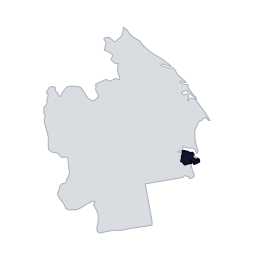 location of Komo-Mondah, Estuaire, Gabon, rotated 170°
{"feature_id": "22940354B10433800471916", "entity_name": "Komo-Mondah", "entity_type": "district", "adm_level": 2, "iso_a3": "GAB", "parent_name": "Gabon", "parent_adm1": "Estuaire", "projection": "robinson", "projection_center": [9.643, 0.423], "detail": "fine", "context": "in_parent", "style": "filled", "palette": "ink", "viewbox_px": 256, "rotation_deg": 170, "n_neighbors": 0, "source": "geoboundaries", "source_scale": "gbopen_adm2", "svg_char_len": 4769}
<svg xmlns="http://www.w3.org/2000/svg" viewBox="0 0 256 256"><g transform="rotate(170 128 128)"><path d="M176.3,32.6L176.1,34.8L173.9,40.3L172.8,44.6L172.6,49.1L173.2,52.7L174.3,55.3L175.0,58.1L174.4,60.1L173.3,61.0L174.1,61.9L175.7,62.2L178.5,61.3L182.8,59.8L188.4,57.6L192.1,56.5L198.2,57.2L201.5,58.0L203.1,59.6L204.9,66.0L205.8,67.0L207.3,69.8L208.5,73.1L208.8,74.8L208.7,76.0L207.4,77.8L206.0,80.4L205.6,82.0L204.4,83.2L202.9,84.4L198.8,84.8L198.2,85.5L197.1,88.3L194.9,90.7L194.0,92.9L193.1,95.9L193.3,99.6L192.8,105.0L192.4,108.6L193.5,109.9L198.3,110.7L199.3,111.5L200.6,113.7L202.2,115.8L206.7,117.1L208.4,118.7L209.8,120.5L210.0,121.9L209.0,127.7L208.0,133.3L208.4,137.5L208.7,141.6L209.3,147.5L209.0,151.1L207.8,153.3L207.7,155.0L208.3,157.1L207.2,162.8L206.5,163.8L204.5,164.8L203.4,166.4L203.1,168.8L202.0,172.1L200.9,173.3L200.9,174.9L202.0,176.0L202.0,177.7L200.0,179.8L198.8,181.3L196.1,182.1L193.1,181.3L192.4,180.2L193.1,178.4L192.8,176.9L191.8,175.5L190.2,171.6L188.7,170.8L187.9,172.4L185.5,175.3L181.1,179.0L178.1,179.3L172.4,178.2L167.7,176.4L165.5,172.0L164.1,168.4L162.1,164.1L159.8,162.1L157.4,160.9L156.3,160.8L152.9,163.1L151.8,164.1L151.8,166.0L152.1,167.9L152.7,168.8L153.1,169.9L153.1,171.8L152.4,174.2L152.2,176.9L141.4,179.6L139.5,178.6L138.1,177.4L136.5,177.6L131.8,179.0L130.1,178.1L128.4,177.3L127.6,177.9L127.5,179.1L128.3,185.5L128.0,187.9L127.0,191.1L126.4,193.2L129.3,193.8L130.3,194.8L131.4,196.4L132.7,197.9L132.8,198.8L131.3,200.5L130.7,202.6L131.5,204.2L133.4,205.8L136.3,207.6L137.7,208.7L137.5,209.8L136.2,212.0L135.7,213.9L134.8,215.6L135.0,217.1L136.3,218.6L136.1,219.9L135.2,220.9L133.5,220.7L132.0,220.8L130.6,220.4L126.4,215.3L125.5,215.2L119.3,219.1L117.8,220.7L116.6,223.0L114.9,227.9L112.1,225.0L109.7,219.8L106.9,216.5L101.0,211.3L99.4,207.4L92.7,198.9L83.0,190.4L76.0,183.0L74.9,181.4L76.1,181.6L82.9,185.2L83.8,184.8L84.6,184.0L81.7,182.1L78.9,180.6L76.3,179.6L73.6,179.7L72.2,178.1L71.2,175.8L70.7,173.7L69.6,171.6L65.9,167.2L65.0,165.5L62.9,163.2L64.2,162.9L68.1,165.1L68.5,164.2L68.2,163.0L64.2,160.9L62.0,160.7L61.5,159.2L61.8,157.5L58.9,151.2L55.9,146.4L55.5,144.1L63.5,154.5L64.6,154.7L66.0,154.6L69.3,153.4L68.7,152.0L67.2,150.6L65.7,151.2L63.8,151.4L62.8,150.8L62.4,149.7L64.3,144.6L63.5,144.9L62.9,145.8L61.8,146.2L60.2,146.5L56.3,143.8L52.8,136.5L51.9,135.0L50.9,132.5L50.0,131.4L46.0,121.1L47.5,121.8L49.4,124.8L52.9,124.2L54.3,122.5L55.5,122.5L56.7,122.1L58.3,120.5L62.9,113.4L64.1,103.9L63.7,98.3L63.0,92.8L64.5,91.0L65.1,92.2L65.4,94.2L66.1,95.6L67.7,96.9L70.7,97.3L75.4,99.3L77.1,100.6L77.5,98.0L82.9,95.8L81.2,95.0L76.5,95.9L69.9,92.6L67.8,90.4L65.8,86.4L63.7,84.3L63.8,82.4L68.5,80.7L69.7,80.9L70.2,83.0L71.5,83.8L72.0,83.5L72.2,81.8L72.2,77.0L70.8,70.2L71.2,68.9L72.5,68.4L73.6,67.5L74.4,67.4L76.0,67.5L76.8,69.1L77.3,70.0L78.9,70.4L80.2,71.2L81.3,71.0L82.2,70.0L83.6,69.8L87.9,69.8L91.8,69.8L99.5,69.9L107.2,69.9L114.9,69.9L120.7,69.9L120.7,66.0L120.7,60.0L120.6,52.9L120.6,46.1L120.6,39.9L120.5,32.4L120.8,30.3L121.2,29.4L121.1,28.2L127.0,28.1L137.8,28.6L142.6,28.6L143.9,28.7L149.8,28.3L154.6,28.7L156.6,29.3L158.4,29.5L164.2,29.9L171.6,29.5L174.2,29.5L175.6,30.6L176.3,32.6Z" fill="#d9dde1" stroke="#a8b0b8" stroke-width="1"/><path d="M81.6,85.7L80.9,85.6L80.6,85.5L80.3,85.2L80.2,84.8L80.0,84.4L79.8,83.9L79.4,83.4L79.1,82.7L78.9,82.3L78.5,81.9L77.6,81.9L77.2,82.1L76.6,82.2L76.2,82.1L75.8,82.2L75.4,82.4L75.0,82.5L74.3,82.5L73.9,82.3L73.2,82.3L71.7,82.3L71.7,82.6L71.9,83.3L72.0,83.8L71.9,84.9L71.8,85.3L71.5,85.7L71.2,85.6L71.4,85.2L71.5,84.8L71.6,84.3L71.6,83.8L71.5,83.3L71.2,83.2L71.0,83.5L70.7,83.8L70.4,83.7L70.2,83.3L70.1,83.0L69.9,82.7L69.7,82.4L69.7,82.1L69.5,81.8L69.3,81.4L69.1,80.9L68.8,80.8L68.4,81.0L67.7,81.3L67.3,81.4L66.9,81.3L66.5,81.2L66.2,81.3L65.8,81.7L65.1,81.9L64.5,82.1L63.9,82.1L63.6,82.3L63.5,82.6L63.4,83.4L63.4,84.2L63.4,84.7L63.6,85.1L64.0,85.3L64.4,85.5L64.9,85.8L65.0,86.0L65.4,85.4L66.0,84.9L66.3,84.5L66.7,84.3L67.2,84.5L67.3,84.8L67.3,85.4L67.4,85.8L67.5,86.2L67.7,86.5L68.0,86.7L68.4,86.8L68.8,86.8L69.1,87.0L69.3,87.3L69.3,87.6L69.2,88.0L69.1,88.5L69.0,88.9L69.0,89.4L68.8,89.8L68.4,90.2L67.7,90.8L67.9,91.2L68.3,91.9L68.4,92.2L68.9,92.6L69.1,92.9L69.3,92.9L69.5,92.7L69.9,92.5L70.1,92.5L70.5,92.5L70.6,92.4L70.7,92.1L70.9,92.1L71.0,92.3L71.1,92.6L71.3,92.9L72.0,93.4L73.1,94.3L73.8,94.7L74.2,94.9L74.5,94.9L74.9,94.9L75.2,95.0L75.4,95.1L75.7,95.4L76.0,95.6L76.7,96.0L77.2,96.1L77.6,96.1L78.4,96.0L78.5,95.2L78.5,94.8L78.6,94.4L78.7,94.1L78.8,93.8L78.9,93.6L79.0,93.2L79.0,92.9L79.1,92.6L79.3,92.3L79.6,91.8L79.7,91.5L79.9,91.3L80.1,91.0L80.3,90.7L80.3,90.4L80.2,90.2L80.2,89.9L80.2,89.6L80.4,89.0L80.6,88.5L80.8,88.2L80.9,87.8L81.1,87.4L81.3,86.9L81.6,86.3L81.7,86.1L81.7,85.8L81.6,85.7Z" fill="#0f172a" stroke="#020617" stroke-width="1.5"/></g></svg>